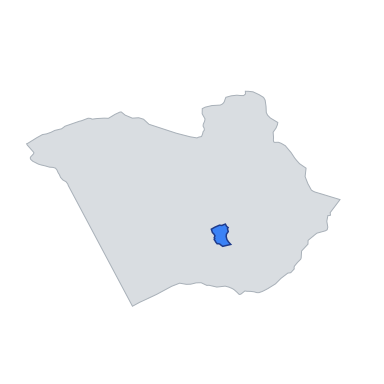 where Serere sits in Uganda, rotated 62°
{"feature_id": "UGA-5596", "entity_name": "Serere", "entity_type": "District", "adm_level": 1, "iso_a3": "UGA", "parent_name": "Uganda", "parent_adm1": "", "projection": "mercator", "projection_center": [33.439, 1.516], "detail": "fine", "context": "in_parent", "style": "filled", "palette": "blue", "viewbox_px": 384, "rotation_deg": 62, "n_neighbors": 0, "source": "natural_earth", "source_scale": "10m", "svg_char_len": 2702}
<svg xmlns="http://www.w3.org/2000/svg" viewBox="0 0 384 384"><g transform="rotate(62 192 192)"><path d="M264.9,298.2L260.0,298.2L252.1,298.2L244.2,298.2L236.2,298.2L228.3,298.2L220.3,298.2L212.4,298.2L204.5,298.2L196.5,298.2L188.6,298.2L180.7,298.2L172.7,298.2L164.8,298.2L156.9,298.2L148.9,298.2L141.0,298.2L133.1,298.2L128.4,298.2L127.4,298.1L126.8,297.9L123.8,298.4L120.7,300.4L117.4,301.2L113.9,300.9L113.4,301.1L111.6,301.1L109.1,300.9L106.8,301.4L105.0,303.2L103.2,306.1L99.9,309.5L97.4,312.4L95.2,314.6L90.2,318.1L87.5,319.1L86.2,318.9L85.4,318.3L83.8,313.8L82.9,313.1L73.2,315.4L71.8,315.4L71.9,314.0L71.2,303.5L71.1,297.1L72.4,293.1L73.1,288.4L73.2,284.3L75.0,277.4L74.3,273.2L76.6,258.5L77.2,256.2L78.1,249.1L79.5,246.9L80.8,246.0L82.4,241.7L85.6,234.8L87.7,231.2L87.3,223.4L87.6,218.1L88.1,216.9L92.8,214.9L98.8,210.0L101.4,204.2L105.0,200.6L112.0,198.2L132.7,178.3L142.4,167.7L146.6,162.2L146.7,160.2L147.5,157.6L145.9,155.6L143.9,153.8L143.2,152.1L141.4,151.3L139.0,151.3L137.3,150.1L135.5,147.7L133.6,146.2L127.7,146.3L123.2,143.8L123.3,140.5L125.0,133.9L128.5,126.3L128.6,124.2L128.2,122.5L127.3,120.9L125.8,119.4L124.3,117.6L125.5,112.2L127.6,106.9L129.4,104.2L131.1,101.2L130.6,98.8L128.1,97.6L129.4,95.2L132.2,91.1L137.5,87.1L142.1,84.4L145.2,84.3L151.3,86.5L156.7,89.1L159.7,89.2L163.4,88.1L170.9,83.6L172.7,85.0L175.0,87.8L177.3,92.3L182.1,94.4L184.4,95.8L186.0,96.3L186.9,95.9L188.7,92.3L190.9,90.4L194.9,87.9L203.8,86.0L210.2,85.4L212.8,84.9L217.4,83.8L224.5,80.1L231.5,84.9L239.1,85.8L246.4,85.7L248.7,84.3L250.0,83.2L257.7,75.4L268.2,64.9L275.1,79.7L277.5,80.6L277.2,81.9L276.6,83.1L281.1,86.7L286.8,88.6L288.8,90.4L288.9,92.4L287.0,101.0L287.4,103.5L289.2,112.2L292.5,114.1L295.5,122.9L301.5,126.6L302.4,127.6L303.7,131.9L305.6,136.5L307.0,137.6L307.9,137.8L309.6,142.7L308.6,145.5L310.0,153.9L312.3,161.4L312.9,170.3L312.9,174.3L312.8,176.7L312.3,180.1L311.2,182.1L309.3,184.0L307.2,187.0L305.4,190.2L304.2,191.8L305.1,196.6L304.9,197.9L304.4,198.5L301.7,199.3L298.2,200.6L296.1,201.8L293.1,204.3L290.7,206.9L287.6,214.7L282.3,220.8L281.4,222.8L276.4,226.5L274.2,230.9L272.8,236.4L270.9,240.3L266.7,245.7L265.7,254.2L265.8,271.2L264.8,290.6L264.9,298.2Z" fill="#d9dde1" stroke="#a8b0b8" stroke-width="1"/><path d="M242.7,193.8L242.1,193.0L241.5,192.3L239.4,192.4L237.4,193.0L233.9,192.4L233.8,188.2L234.2,183.3L235.6,181.3L235.7,179.6L236.0,177.6L238.6,177.6L240.4,176.8L241.0,177.9L244.0,178.6L245.4,181.4L247.3,182.7L250.4,183.5L253.3,183.2L256.5,182.4L254.4,190.4L252.5,191.3L252.0,191.6L251.4,191.7L250.9,192.0L250.0,193.0L249.5,194.1L246.8,194.6L245.7,194.4L244.9,194.7L244.1,194.6L243.7,193.7L242.7,193.8Z" fill="#3b82f6" stroke="#1e3a8a" stroke-width="1.5"/></g></svg>